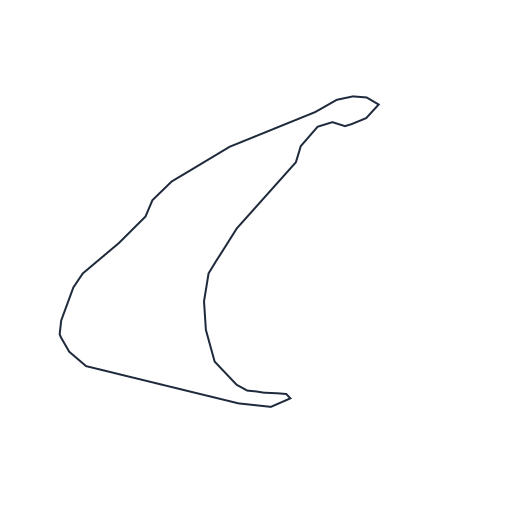 the district of Nantucket, Massachusetts, United States of America, rotated 131°
{"feature_id": "52423323B47905601981877", "entity_name": "Nantucket", "entity_type": "district", "adm_level": 2, "iso_a3": "USA", "parent_name": "United States of America", "parent_adm1": "Massachusetts", "projection": "natural_earth1", "projection_center": [-70.11, 41.315], "detail": "fine", "context": "isolated", "style": "outline", "palette": "slate", "viewbox_px": 512, "rotation_deg": 131, "n_neighbors": 0, "source": "geoboundaries", "source_scale": "gbopen_adm2", "svg_char_len": 757}
<svg xmlns="http://www.w3.org/2000/svg" viewBox="0 0 512 512"><g transform="rotate(131 256 256)"><path d="M61.2,262.8L62.2,268.2L63.8,276.6L72.0,287.6L85.1,297.5L108.6,305.8L190.7,347.5L255.0,368.5L258.2,368.8L281.8,370.8L298.7,365.3L336.3,368.0L382.8,375.3L399.6,373.2L432.5,360.7L443.9,352.8L445.5,349.5L450.8,334.1L450.6,312.0L431.5,274.9L378.7,172.5L360.1,145.8L340.9,136.7L340.9,136.8L340.3,142.6L342.7,145.9L345.2,149.3L354.0,160.4L358.1,167.0L363.3,174.3L365.9,186.0L363.4,212.0L362.8,218.0L344.6,245.4L324.3,265.5L300.2,280.4L287.7,282.5L287.3,282.6L273.7,284.6L247.8,288.6L159.1,287.4L148.1,292.3L143.8,294.3L118.0,294.3L105.1,286.3L104.9,286.2L99.6,274.0L93.6,270.3L79.6,263.3L61.2,262.8Z" fill="none" stroke="#1e293b" stroke-width="2"/></g></svg>